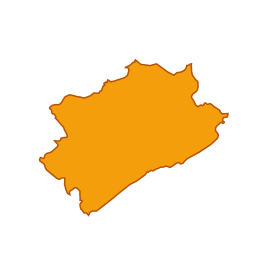 the Province of Jawa Barat, rotated 317°
{"feature_id": "IDN-1223", "entity_name": "Jawa Barat", "entity_type": "Province", "adm_level": 1, "iso_a3": "IDN", "parent_name": "Indonesia", "parent_adm1": "", "projection": "orthographic", "projection_center": [107.637, -6.866], "detail": "fine", "context": "isolated", "style": "filled", "palette": "amber", "viewbox_px": 256, "rotation_deg": 317, "n_neighbors": 0, "source": "natural_earth", "source_scale": "10m", "svg_char_len": 3421}
<svg xmlns="http://www.w3.org/2000/svg" viewBox="0 0 256 256"><g transform="rotate(317 128 128)"><path d="M81.6,71.3L82.0,71.2L82.8,70.8L83.1,69.4L83.4,68.5L83.5,67.7L82.8,66.6L82.4,65.8L82.8,64.7L84.3,62.6L84.0,60.1L85.6,59.4L88.2,59.9L90.6,61.1L91.4,61.9L92.2,62.8L93.2,63.6L94.6,64.1L95.9,64.1L97.2,63.9L102.6,62.3L105.4,62.9L107.8,63.8L109.6,66.2L112.0,70.1L114.4,73.1L116.1,76.0L119.0,77.4L122.8,78.8L126.9,79.1L129.4,81.8L131.0,82.7L132.6,81.9L133.7,82.5L134.9,82.3L135.8,81.6L137.5,80.9L137.9,80.5L138.5,80.4L139.2,80.5L140.0,80.8L140.5,80.8L140.7,80.1L140.5,79.2L141.6,78.9L143.2,79.4L143.3,80.4L144.3,80.4L145.3,79.3L145.9,79.0L146.6,80.7L146.6,82.2L150.3,84.5L153.4,85.8L157.6,87.9L159.4,88.5L160.8,89.1L162.2,89.1L163.3,89.1L164.3,88.8L165.4,88.0L167.2,87.0L167.5,86.8L168.0,86.3L168.6,85.5L168.9,84.5L168.8,83.6L168.3,82.9L167.4,82.2L168.3,82.0L169.6,82.7L171.9,83.4L176.3,83.5L177.9,84.4L178.3,83.6L179.9,83.3L180.2,85.2L180.7,90.1L186.7,97.4L188.0,98.2L189.0,98.5L192.7,100.7L195.2,113.9L197.4,120.5L201.5,120.9L204.5,123.0L207.6,124.1L210.7,124.1L213.8,122.4L214.4,123.1L215.4,123.5L216.7,123.6L217.7,123.9L218.1,124.3L217.9,124.4L212.9,130.2L211.3,133.0L211.0,134.1L210.5,137.7L210.5,139.8L210.7,141.1L210.4,142.1L209.9,142.9L209.0,143.7L208.1,144.7L207.2,145.7L205.3,147.1L204.6,147.4L203.7,147.7L201.9,147.8L199.2,147.4L197.9,147.5L196.6,147.9L195.7,148.5L195.2,149.4L194.9,150.5L194.8,152.1L193.1,157.7L193.5,160.0L195.4,160.5L197.1,160.9L197.6,162.0L198.0,162.6L198.8,162.7L200.5,162.2L201.3,162.2L201.7,162.5L201.9,163.4L202.3,165.0L202.8,165.3L203.5,165.5L204.3,165.8L204.7,166.3L204.9,166.9L205.2,168.0L205.5,171.1L206.9,176.3L207.0,177.4L206.9,178.3L206.5,179.5L206.4,180.2L206.4,181.2L206.6,181.8L206.9,182.2L211.0,185.6L210.3,186.2L208.3,187.6L206.5,186.6L206.0,186.4L205.5,186.0L204.9,185.6L204.2,185.6L203.4,186.1L202.7,186.8L202.0,187.4L202.5,188.8L202.4,189.4L202.0,189.6L200.5,189.3L200.1,187.6L199.6,187.2L198.6,187.1L193.9,187.2L192.5,187.5L190.2,189.5L189.9,192.7L189.3,194.8L186.4,196.6L177.3,196.5L163.8,194.3L150.7,190.9L147.2,190.8L144.3,191.3L141.9,190.1L141.7,188.0L140.2,187.0L138.2,186.6L133.6,186.0L131.6,185.3L131.0,183.7L129.8,181.8L127.3,180.7L124.8,178.7L122.3,178.1L120.3,177.1L116.9,176.4L116.2,174.8L114.9,174.5L113.4,174.1L113.0,174.2L112.6,174.0L112.0,173.3L108.4,173.9L103.9,173.3L100.2,172.9L97.7,172.6L95.4,171.9L93.0,171.2L90.2,170.5L73.4,169.2L67.7,169.0L54.6,167.8L48.5,167.3L45.5,164.7L44.0,164.1L42.1,163.8L40.3,164.7L39.6,165.0L39.6,163.7L39.6,161.8L37.9,160.0L38.5,157.0L38.3,155.5L38.7,154.3L39.6,152.7L40.7,151.2L42.0,150.6L43.3,150.6L44.5,150.4L44.9,149.7L43.7,148.1L45.0,146.9L47.8,143.4L49.7,141.6L49.8,138.9L49.4,136.4L47.6,135.1L45.5,135.3L43.3,134.5L41.3,135.0L40.0,137.1L39.6,136.1L39.4,135.3L39.4,134.3L39.8,132.7L40.5,130.8L43.2,125.9L47.2,122.1L47.4,121.0L46.0,119.7L45.0,119.3L42.7,118.6L42.1,117.6L41.5,115.9L39.9,103.4L40.2,101.1L41.3,99.1L42.0,97.3L41.8,95.4L41.4,93.6L41.0,92.3L41.7,90.9L42.7,90.3L43.3,90.0L44.0,90.0L44.4,90.6L44.7,91.6L45.3,92.5L45.9,92.8L46.8,92.4L47.8,91.6L48.9,91.1L51.0,91.2L52.5,91.8L53.9,92.7L56.1,93.3L63.8,93.5L65.7,92.3L65.5,91.1L65.5,87.3L66.5,87.9L66.7,88.5L67.0,89.1L67.5,89.6L68.4,90.1L69.2,90.8L69.9,90.9L70.6,90.7L72.0,89.8L74.2,90.9L77.0,93.1L78.2,92.5L79.1,90.5L80.4,85.6L81.0,84.5L81.3,83.6L81.4,82.5L81.4,80.1L81.6,76.1L81.7,71.5L81.6,71.3Z" fill="#f59e0b" stroke="#b45309" stroke-width="1.5"/></g></svg>